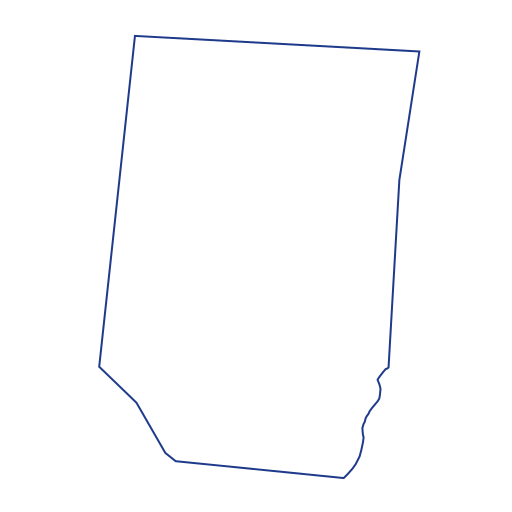 Morne Le Blanc, Laborie, Saint Lucia (Albers equal-area conic projection), rotated 184°
{"feature_id": "8701671B76730810017081", "entity_name": "Morne Le Blanc", "entity_type": "district", "adm_level": 2, "iso_a3": "LCA", "parent_name": "Saint Lucia", "parent_adm1": "Laborie", "projection": "albers", "projection_center": [-61.001, 13.759], "detail": "fine", "context": "isolated", "style": "outline", "palette": "blue", "viewbox_px": 512, "rotation_deg": 184, "n_neighbors": 0, "source": "geoboundaries", "source_scale": "gbopen_adm2", "svg_char_len": 620}
<svg xmlns="http://www.w3.org/2000/svg" viewBox="0 0 512 512"><g transform="rotate(184 256 256)"><path d="M392.1,467.1L404.7,134.6L365.0,101.3L332.7,53.2L321.8,45.7L153.0,40.6L149.2,45.0L144.9,50.6L142.0,55.4L138.7,63.2L137.4,69.7L136.3,77.6L136.0,82.6L136.9,85.3L137.9,91.8L137.0,95.8L135.9,98.3L135.3,101.9L134.1,104.4L133.0,106.0L131.8,109.1L129.8,112.3L127.4,115.6L124.5,119.6L123.1,122.3L122.7,125.8L122.5,132.1L123.8,136.2L126.1,141.0L125.3,142.6L124.1,144.6L121.1,149.1L118.7,152.3L117.4,152.8L116.0,154.0L118.3,341.8L113.3,400.6L107.3,471.4L392.1,467.1Z" fill="none" stroke="#1e3a8a" stroke-width="2"/></g></svg>